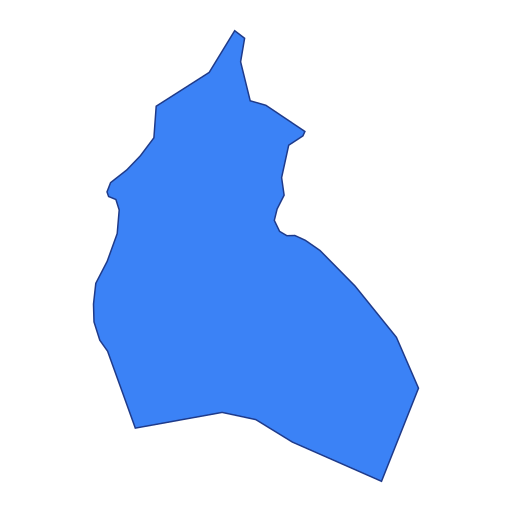 the Municipality of Logatec
{"feature_id": "SVN-964", "entity_name": "Logatec", "entity_type": "Municipality", "adm_level": 1, "iso_a3": "SVN", "parent_name": "Slovenia", "parent_adm1": "", "projection": "albers", "projection_center": [14.177, 45.942], "detail": "fine", "context": "isolated", "style": "filled", "palette": "blue", "viewbox_px": 512, "rotation_deg": 0, "n_neighbors": 0, "source": "natural_earth", "source_scale": "10m", "svg_char_len": 651}
<svg xmlns="http://www.w3.org/2000/svg" viewBox="0 0 512 512"><path d="M234.7,30.7L244.6,38.3L240.6,61.8L250.2,100.8L265.9,105.3L304.9,131.5L302.9,135.9L288.7,145.2L281.6,177.6L284.1,195.2L277.1,209.0L274.3,220.4L279.6,231.4L286.9,235.7L294.8,235.5L305.3,240.3L320.0,250.5L355.0,286.0L396.4,337.3L418.5,388.2L381.5,481.3L292.4,442.1L255.8,419.6L222.1,412.4L135.3,428.1L126.9,404.7L107.6,351.2L99.8,340.2L94.0,321.9L93.5,304.1L95.8,283.3L107.2,261.3L117.2,233.6L119.2,210.0L115.9,199.5L108.6,196.5L107.0,191.9L110.6,182.6L126.8,169.9L140.3,155.9L153.9,137.8L156.2,106.2L209.2,72.4L234.7,30.7Z" fill="#3b82f6" stroke="#1e3a8a" stroke-width="1.5"/></svg>